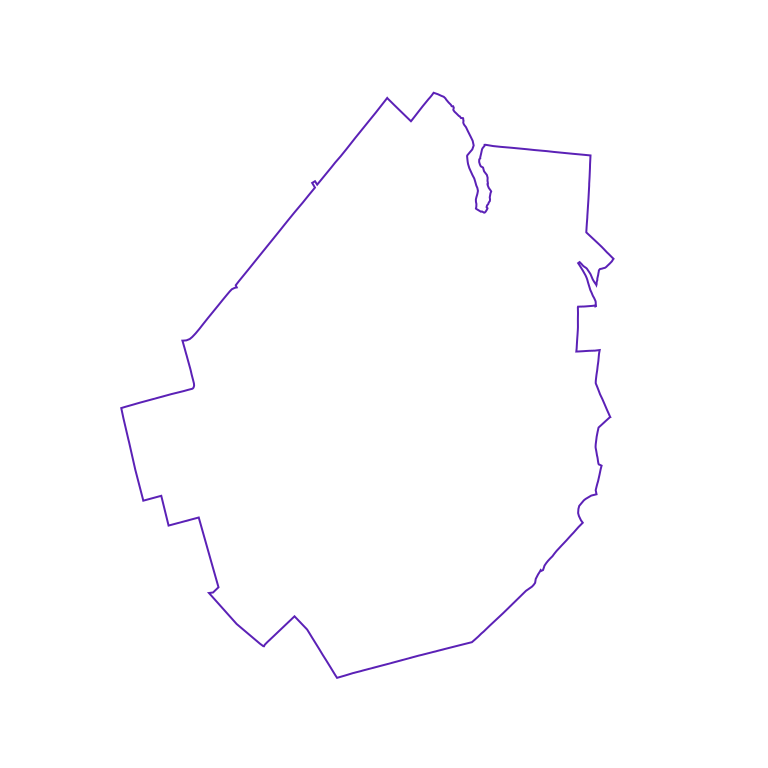 Gradistea, Ilfov, Romania, rotated 73°
{"feature_id": "2599482B24694336767373", "entity_name": "Gradistea", "entity_type": "district", "adm_level": 2, "iso_a3": "ROU", "parent_name": "Romania", "parent_adm1": "Ilfov", "projection": "equal_earth", "projection_center": [26.312, 44.651], "detail": "fine", "context": "isolated", "style": "outline", "palette": "violet", "viewbox_px": 768, "rotation_deg": 73, "n_neighbors": 0, "source": "geoboundaries", "source_scale": "gbopen_adm2", "svg_char_len": 5877}
<svg xmlns="http://www.w3.org/2000/svg" viewBox="0 0 768 768"><g transform="rotate(73 384 384)"><path d="M481.8,177.3L480.5,177.5L477.9,177.8L474.8,178.2L474.0,178.3L467.5,179.0L463.9,179.4L462.2,179.6L457.0,180.4L453.8,180.6L449.5,180.9L446.4,181.2L445.4,181.3L444.5,181.1L442.3,180.3L437.3,178.1L434.4,176.7L433.4,176.2L428.8,174.2L426.7,173.2L424.7,172.3L422.0,171.2L418.1,169.6L416.7,168.9L414.6,167.8L413.8,172.4L412.2,178.3L411.5,181.2L410.9,183.8L409.7,188.7L409.2,190.6L406.4,189.4L402.3,187.9L397.5,186.1L393.9,184.7L389.4,183.0L386.3,181.9L378.6,179.6L373.1,177.8L367.4,176.2L366.8,175.8L368.5,169.6L370.1,162.4L370.4,160.9L370.5,159.4L371.6,159.3L371.5,158.5L370.0,158.2L369.8,158.2L367.5,157.6L366.5,157.5L363.3,157.9L360.6,158.5L357.3,158.8L354.5,159.2L346.5,159.2L343.7,159.1L341.6,159.2L339.1,159.5L333.6,160.7L327.5,162.3L325.2,163.0L325.1,162.7L324.9,162.2L324.6,161.3L325.9,160.6L327.0,160.0L328.9,159.2L330.4,158.2L331.7,157.1L332.9,156.3L338.8,154.5L340.1,154.3L342.1,154.1L345.0,153.8L347.5,153.2L349.9,152.5L350.9,152.1L351.5,152.0L350.7,151.5L349.8,151.2L348.9,150.9L348.0,150.4L347.4,149.9L346.7,149.5L346.1,149.4L345.4,149.1L344.0,148.3L342.3,147.3L340.6,146.5L339.6,145.9L338.4,145.4L337.8,144.8L337.2,143.8L337.4,142.0L337.4,140.3L337.5,138.7L337.1,137.4L336.6,136.4L336.2,135.7L335.4,134.0L335.2,133.7L334.8,132.8L334.6,132.5L333.5,130.5L332.9,129.7L332.2,129.0L331.4,127.9L330.6,128.3L330.3,128.5L329.2,129.1L325.4,131.1L323.5,132.2L316.9,135.5L311.9,138.3L298.2,146.2L297.8,146.1L290.6,143.4L284.2,140.9L283.0,140.5L279.3,139.1L266.6,134.3L254.3,129.8L252.4,129.2L246.2,126.9L237.7,123.9L234.1,122.7L225.8,119.7L222.9,126.7L219.1,136.0L211.7,153.8L209.0,160.0L204.3,171.6L201.4,178.4L195.2,193.4L193.6,197.4L191.4,202.9L188.4,210.0L186.1,214.6L184.9,217.0L184.7,217.9L185.7,218.3L186.5,219.6L187.5,221.0L188.5,221.8L192.1,223.8L195.5,225.8L196.4,226.0L197.0,227.2L198.3,227.7L199.6,228.1L202.3,228.1L204.1,227.8L206.0,226.0L208.4,226.1L209.9,226.1L214.2,224.5L217.1,224.6L220.2,225.7L221.0,225.7L223.0,226.1L223.1,226.6L224.1,226.7L227.0,226.5L230.3,225.4L231.2,225.2L232.7,226.4L234.3,227.2L236.4,228.3L238.4,228.6L240.0,229.3L241.1,230.8L242.4,231.7L243.3,233.2L244.1,233.7L244.8,234.2L245.6,234.0L245.9,233.7L246.4,233.7L247.5,234.8L248.9,236.4L249.5,237.6L249.4,238.2L248.8,238.7L248.4,239.2L247.6,239.9L247.6,240.9L243.5,244.6L243.1,244.8L241.5,243.9L238.9,243.0L236.7,242.8L234.4,242.2L232.5,241.1L229.6,239.2L226.8,237.7L223.8,237.4L221.2,237.7L217.0,237.6L213.8,237.6L210.2,238.3L204.8,239.0L202.5,239.3L198.2,239.3L195.9,239.0L193.2,238.5L190.3,237.9L189.7,237.5L187.4,234.0L185.5,231.0L182.1,228.5L177.4,228.1L173.5,228.7L166.5,229.9L162.4,230.5L159.7,231.5L158.2,231.8L156.9,231.7L155.6,231.0L154.7,231.0L153.6,230.7L152.9,230.7L152.4,231.8L152.2,232.6L151.1,233.0L150.3,233.2L149.6,234.0L146.4,235.7L144.3,236.9L142.6,237.5L141.9,237.5L140.8,236.8L140.1,236.5L139.4,236.6L138.6,236.7L138.4,237.7L138.0,238.1L136.8,238.3L136.5,238.4L133.7,239.9L129.9,241.5L128.9,241.7L126.8,242.9L125.2,244.9L122.6,247.8L120.3,251.0L120.0,251.4L121.9,253.9L123.3,256.0L124.7,258.3L127.7,262.8L129.7,265.8L133.2,270.8L137.5,276.9L140.3,280.9L140.6,281.4L135.2,284.4L119.9,292.8L115.8,295.0L112.7,296.7L112.4,296.9L111.4,297.3L113.1,299.7L119.8,309.3L121.9,312.3L126.4,319.0L140.1,339.3L148.3,351.1L153.5,358.8L158.0,366.0L161.1,370.5L165.3,376.8L168.3,381.3L171.3,385.8L173.8,389.6L169.9,390.7L170.7,393.9L176.0,392.6L181.5,400.9L186.8,408.7L189.3,412.6L193.9,419.7L199.6,428.2L203.0,433.2L205.4,436.7L207.8,440.2L218.4,455.9L225.1,465.8L235.0,480.4L242.9,492.2L246.2,496.9L248.6,496.6L248.4,498.6L248.9,501.8L250.4,504.5L253.0,508.5L256.5,513.8L260.5,519.7L269.6,533.3L271.8,536.5L274.0,539.7L277.3,544.4L280.5,549.3L281.6,551.2L283.0,553.7L284.2,556.6L284.5,560.2L284.3,561.2L283.9,563.0L283.8,563.3L283.6,564.1L285.3,564.1L289.6,564.2L290.5,564.2L293.8,564.3L297.3,564.4L298.2,564.4L298.6,564.4L301.8,564.5L305.4,564.6L312.9,564.8L315.0,564.9L318.9,565.2L324.1,565.4L327.9,565.6L329.3,565.9L330.1,566.1L331.2,566.8L332.0,567.5L332.4,568.3L332.5,568.8L332.3,573.6L332.2,577.7L331.9,583.3L331.5,590.3L331.3,597.2L330.9,609.8L330.5,622.3L330.4,627.2L330.4,627.9L330.4,628.5L330.2,638.4L330.2,642.3L340.5,643.2L362.7,644.7L363.0,644.7L365.0,644.8L393.1,646.9L423.5,648.2L423.8,648.2L425.2,648.3L425.8,629.7L456.4,631.4L457.5,600.2L504.5,601.2L530.0,601.7L532.1,605.9L533.4,608.4L533.0,610.7L532.7,612.5L570.4,595.1L596.0,578.6L599.4,576.1L599.7,575.4L598.5,574.3L596.6,570.8L592.9,563.3L580.0,537.5L596.3,529.3L597.4,529.0L601.2,528.0L605.5,526.9L618.3,523.5L625.1,521.8L630.9,520.2L634.3,519.3L637.7,518.4L645.1,516.5L648.2,515.7L651.3,514.8L651.3,513.3L651.4,506.3L651.4,500.0L651.4,497.9L651.5,496.7L651.5,495.9L651.8,489.9L651.8,488.4L652.6,468.4L652.8,463.7L653.9,430.1L654.1,427.0L655.2,403.2L656.1,385.1L656.4,379.2L656.6,375.4L654.4,370.5L653.0,367.5L651.2,364.1L650.8,363.2L649.9,361.1L648.2,357.8L646.2,353.9L640.0,341.2L638.0,337.1L623.3,308.7L621.0,301.6L619.7,299.4L618.3,297.6L614.8,295.9L611.1,292.3L609.0,289.8L607.8,288.6L608.7,288.2L608.4,286.3L605.9,284.5L604.6,283.6L602.6,281.1L601.1,278.9L599.4,276.0L598.0,273.3L596.0,270.6L594.1,267.8L590.5,261.6L587.0,255.4L585.0,252.1L583.1,248.9L581.7,246.4L579.0,242.0L577.7,239.9L574.8,234.5L571.9,235.5L567.2,236.2L564.2,236.1L560.3,234.6L557.6,232.9L553.7,226.9L552.9,224.9L552.5,223.3L551.3,218.4L551.6,213.0L547.4,212.6L543.4,210.2L541.0,208.7L540.0,208.0L539.0,207.4L533.9,204.5L528.8,201.7L525.7,199.8L524.5,201.1L524.1,201.5L523.8,202.0L523.2,202.2L522.7,202.2L520.3,201.9L517.9,201.5L516.3,201.3L514.6,201.2L512.4,200.9L510.1,200.6L507.2,200.3L506.1,200.1L504.7,199.6L503.4,199.1L501.4,198.2L496.5,196.0L491.8,193.5L490.1,192.5L488.9,191.9L488.3,191.4L487.5,189.7L484.2,182.8L482.9,180.0L482.7,179.6L481.8,177.6L481.8,177.3Z" fill="none" stroke="#5b21b6" stroke-width="2"/></g></svg>